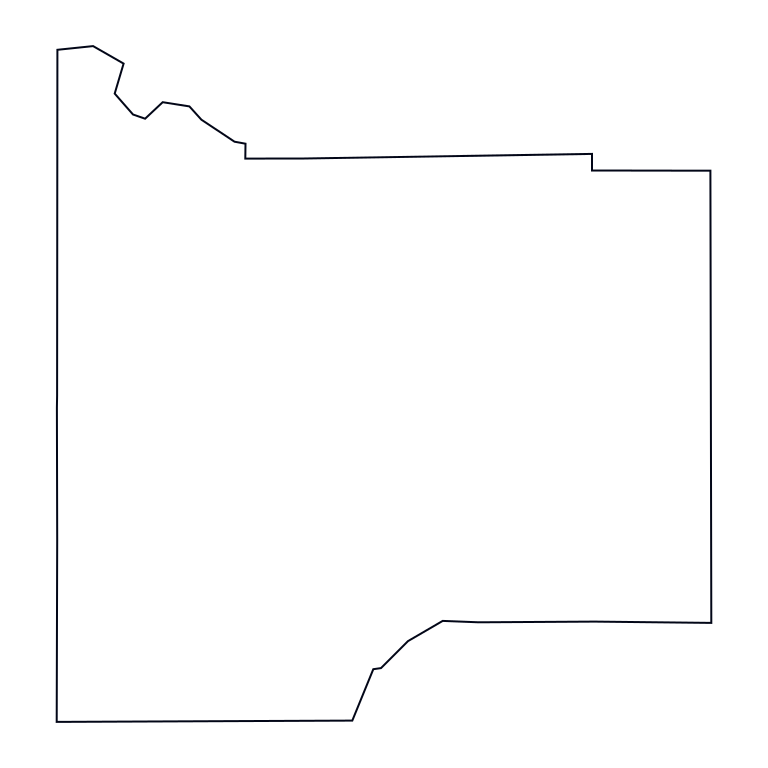 outline of Latah, Idaho, United States of America
{"feature_id": "52423323B55768154384777", "entity_name": "Latah", "entity_type": "district", "adm_level": 2, "iso_a3": "USA", "parent_name": "United States of America", "parent_adm1": "Idaho", "projection": "robinson", "projection_center": [-116.78, 46.836], "detail": "fine", "context": "isolated", "style": "outline", "palette": "ink", "viewbox_px": 768, "rotation_deg": 0, "n_neighbors": 0, "source": "geoboundaries", "source_scale": "gbopen_adm2", "svg_char_len": 475}
<svg xmlns="http://www.w3.org/2000/svg" viewBox="0 0 768 768"><path d="M57.4,49.8L57.1,395.8L56.9,407.7L57.2,540.0L56.7,721.9L352.3,720.6L373.3,669.2L381.0,668.1L408.0,641.1L442.7,620.9L478.6,622.3L594.7,621.6L711.3,622.9L710.6,270.9L710.4,170.7L592.0,170.5L592.0,153.9L304.3,158.5L245.3,158.6L245.5,143.7L234.5,141.7L201.4,119.7L189.4,106.4L162.7,102.2L145.1,118.7L133.0,114.5L114.7,93.6L123.6,63.6L93.1,46.1L57.4,49.8Z" fill="none" stroke="#020617" stroke-width="2"/></svg>